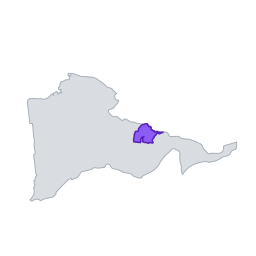 Faro, Nord, Cameroon shown in context, rotated 83°
{"feature_id": "32672807B99512491314233", "entity_name": "Faro", "entity_type": "district", "adm_level": 2, "iso_a3": "CMR", "parent_name": "Cameroon", "parent_adm1": "Nord", "projection": "natural_earth1", "projection_center": [12.816, 8.422], "detail": "fine", "context": "in_parent", "style": "filled", "palette": "violet", "viewbox_px": 256, "rotation_deg": 83, "n_neighbors": 0, "source": "geoboundaries", "source_scale": "gbopen_adm2", "svg_char_len": 5884}
<svg xmlns="http://www.w3.org/2000/svg" viewBox="0 0 256 256"><g transform="rotate(83 128 128)"><path d="M67.0,176.8L67.5,175.3L71.0,168.6L73.1,157.7L74.1,155.2L75.1,153.5L80.2,147.7L82.0,145.9L84.8,143.8L86.7,139.5L87.3,139.1L88.2,138.7L92.5,135.1L92.9,135.8L93.2,136.7L93.5,137.1L94.9,137.4L96.8,137.3L97.9,137.1L98.5,136.4L99.1,134.4L99.5,134.0L99.9,133.9L102.0,135.3L105.5,139.2L106.4,139.9L106.8,140.7L107.5,144.3L107.9,145.1L108.7,145.5L110.0,145.3L111.4,144.6L112.7,143.7L113.9,142.6L114.7,141.5L115.1,140.7L115.3,137.8L115.5,137.1L120.0,132.9L119.9,132.5L119.2,131.3L118.5,130.0L119.2,128.7L119.9,127.6L122.5,124.1L122.7,121.5L124.8,117.6L126.0,112.3L126.0,111.2L128.7,105.4L131.6,104.9L132.7,104.1L134.0,102.6L134.8,101.3L135.2,100.0L135.5,97.5L136.0,94.7L136.3,92.3L137.1,90.0L138.6,88.8L141.1,87.9L141.4,87.4L141.8,85.9L142.2,80.9L142.6,78.6L144.9,76.1L145.9,72.2L146.8,68.1L149.4,63.1L152.5,58.1L153.9,56.8L155.1,56.2L156.5,56.1L157.4,55.7L160.7,53.3L162.1,52.4L163.1,51.6L163.4,50.8L163.5,49.7L163.2,47.2L163.7,45.3L164.1,42.4L164.2,40.1L164.1,39.3L163.5,38.0L162.5,36.6L160.8,35.7L158.5,35.5L157.3,35.0L156.9,32.4L156.7,30.7L155.2,22.0L158.1,22.1L161.5,23.1L162.4,23.9L162.9,26.9L164.1,28.5L166.3,29.9L167.7,32.8L168.2,37.1L169.4,39.7L169.7,40.1L171.4,45.0L171.6,47.2L171.4,48.8L172.1,50.7L171.1,53.9L170.7,55.8L170.7,58.6L171.3,63.5L172.3,67.3L173.4,70.3L174.6,72.7L176.6,75.3L178.7,77.7L180.7,79.2L178.9,80.1L175.3,80.2L173.3,79.7L172.3,79.6L171.4,79.9L167.6,80.4L163.8,80.2L160.3,79.6L158.1,79.7L156.5,81.1L155.1,83.3L153.9,85.0L154.3,87.0L155.3,88.0L157.1,90.3L158.7,92.6L159.6,94.1L162.8,97.4L166.0,100.4L167.5,101.4L168.0,101.6L169.7,103.3L172.1,106.1L174.3,110.5L177.4,119.2L178.0,120.0L179.1,120.4L179.2,121.4L179.1,122.7L178.8,123.8L176.4,128.4L174.2,130.2L173.6,131.2L172.8,133.9L170.9,139.1L170.0,139.8L168.1,143.3L166.5,147.8L166.1,148.5L165.5,149.0L163.3,150.1L162.5,150.6L161.4,152.0L161.2,152.9L161.7,154.2L162.4,155.2L163.5,155.2L164.2,156.2L164.2,163.0L163.7,164.1L163.7,164.5L163.4,165.7L163.3,167.0L163.5,167.6L163.9,168.0L164.6,168.9L164.9,171.0L165.7,178.4L166.0,179.6L166.7,180.4L168.6,182.0L170.7,184.1L171.4,185.5L171.8,187.8L172.5,189.5L172.5,190.1L172.2,190.3L170.9,190.5L171.3,191.8L172.4,194.0L177.7,200.9L182.8,207.0L184.0,207.5L184.9,207.6L185.3,208.0L185.7,208.8L187.4,211.1L187.7,212.4L187.4,213.6L187.8,215.5L188.0,216.2L187.9,216.8L188.1,219.1L188.6,221.2L189.4,222.9L189.3,224.1L188.3,224.8L187.7,226.0L187.5,227.5L187.8,229.5L188.6,231.7L188.6,233.1L187.4,234.0L186.0,232.4L184.5,231.3L182.3,229.5L180.0,228.9L177.1,228.7L175.8,229.0L173.6,227.5L172.9,227.3L172.0,227.9L171.3,227.9L170.5,227.7L168.8,227.7L168.7,226.7L168.4,226.4L166.6,226.5L166.0,225.7L165.8,225.8L165.1,225.5L163.6,224.2L162.1,225.1L158.9,225.0L143.0,224.9L142.6,223.8L141.8,223.2L140.4,223.1L136.1,223.4L132.9,223.2L130.7,222.7L128.0,222.4L124.7,222.7L121.3,222.6L115.2,222.3L111.8,222.4L111.9,223.1L111.6,223.6L111.5,224.8L89.8,224.8L88.0,224.0L87.5,223.4L87.3,222.4L86.9,222.3L87.3,217.9L88.0,214.3L88.3,210.9L89.3,207.9L88.8,204.9L88.2,203.6L84.9,199.4L86.4,197.8L84.4,198.0L84.0,196.4L83.0,194.5L83.6,194.2L84.2,193.2L86.0,193.5L85.9,193.0L84.4,191.4L84.5,190.6L85.2,189.8L84.9,189.4L83.7,190.3L82.9,190.3L82.3,189.7L81.9,189.6L82.1,190.8L81.5,191.9L80.9,192.2L79.9,192.2L79.1,191.9L78.9,191.3L78.1,190.8L75.9,190.0L74.1,189.1L73.8,186.5L73.0,185.4L72.7,184.2L72.6,182.7L72.8,180.5L72.4,180.2L71.8,180.0L71.0,180.1L70.3,180.0L69.4,178.8L68.7,178.3L69.2,180.6L68.6,181.2L67.3,181.0L66.7,180.2L66.6,179.5L67.2,176.8L67.0,176.8Z" fill="#d9dde1" stroke="#a8b0b8" stroke-width="1"/><path d="M142.4,124.0L142.5,123.6L142.5,122.9L142.6,122.6L142.6,122.4L143.0,122.0L143.1,121.7L142.9,121.1L143.3,120.6L143.1,120.0L143.5,119.6L143.7,119.0L143.6,118.4L144.0,117.7L143.5,117.0L143.0,117.0L142.8,117.0L142.5,117.0L141.9,117.0L141.4,116.7L140.9,116.8L140.1,116.2L139.4,116.0L139.0,115.3L138.9,114.7L138.5,114.1L138.5,113.5L138.7,113.3L138.9,113.6L139.4,114.4L139.6,114.4L140.2,114.8L141.3,114.8L141.8,114.6L142.3,115.1L143.1,115.2L143.8,114.7L143.9,114.1L144.3,113.6L144.7,111.6L145.1,110.5L145.6,110.0L145.6,109.2L145.1,108.7L145.0,108.1L145.3,107.4L145.4,107.0L145.9,105.7L145.8,105.1L145.6,104.9L143.5,105.4L142.9,105.4L141.8,104.6L141.2,103.9L140.7,103.3L140.6,103.2L140.4,103.3L140.1,103.4L139.7,103.2L138.9,101.9L138.5,101.2L137.9,100.9L137.3,100.5L137.0,100.3L136.6,99.7L136.7,99.3L136.8,99.2L137.4,98.2L137.5,97.0L137.1,96.1L136.8,94.8L136.8,93.6L136.7,93.3L136.7,93.6L136.5,93.8L136.5,94.0L136.4,94.4L136.4,94.5L136.3,94.9L136.3,95.1L136.5,95.4L136.5,95.5L136.5,95.8L136.4,95.9L136.5,96.1L136.5,96.3L136.4,96.5L136.2,96.9L136.3,97.1L136.3,97.3L136.0,97.9L135.9,98.1L135.9,98.3L135.6,98.8L135.4,98.9L135.1,99.2L134.9,99.4L134.9,99.7L135.0,99.9L135.1,100.0L134.9,100.5L134.9,100.8L135.0,101.0L135.2,101.4L135.2,101.8L135.1,102.1L134.9,102.4L134.8,102.5L134.6,102.5L134.6,102.4L134.4,102.4L134.2,102.4L134.1,102.5L133.9,102.5L133.7,102.8L133.7,103.2L133.7,103.5L133.4,103.9L133.3,104.0L133.3,104.3L133.2,104.4L133.1,104.5L132.9,104.6L132.7,104.5L132.3,104.8L131.9,105.2L131.7,105.4L131.3,105.3L131.2,105.3L130.8,105.1L130.6,105.1L130.2,104.9L129.9,105.0L129.8,105.3L129.8,105.5L129.7,105.6L129.5,105.8L129.4,106.0L129.3,106.5L129.2,106.9L128.9,107.3L128.9,107.5L128.7,107.6L128.4,107.6L128.2,107.6L127.9,107.9L127.7,107.9L127.4,107.8L127.2,107.8L126.8,108.1L126.7,108.2L126.4,108.2L126.2,108.3L126.1,108.5L126.0,108.9L125.9,109.5L125.9,109.9L125.9,110.0L126.1,110.4L126.1,110.6L126.3,111.3L126.4,112.3L126.4,113.0L126.4,113.3L127.1,114.4L127.8,115.4L129.2,116.8L129.3,117.0L130.0,117.6L131.3,118.0L132.1,117.9L132.4,118.5L132.5,119.0L132.3,119.9L132.4,121.1L134.1,121.9L134.2,122.0L135.4,122.6L136.7,122.8L137.9,123.0L138.6,123.4L139.3,123.7L140.4,123.9L140.8,123.9L141.6,123.9L142.1,123.9L142.4,124.0Z" fill="#8b5cf6" stroke="#5b21b6" stroke-width="1.5"/></g></svg>